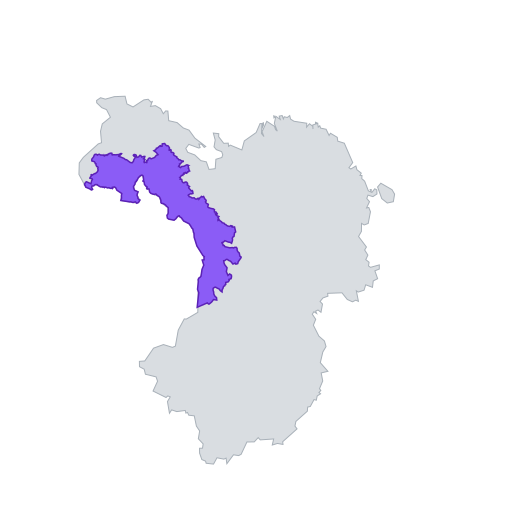 location of Inner Mongol within China, rotated 255°
{"feature_id": "CHN-1838", "entity_name": "Inner Mongol", "entity_type": "Autonomous Region", "adm_level": 1, "iso_a3": "CHN", "parent_name": "China", "parent_adm1": "", "projection": "albers", "projection_center": [116.94, 45.357], "detail": "fine", "context": "in_parent", "style": "filled", "palette": "violet", "viewbox_px": 512, "rotation_deg": 255, "n_neighbors": 0, "source": "natural_earth", "source_scale": "10m", "svg_char_len": 9807}
<svg xmlns="http://www.w3.org/2000/svg" viewBox="0 0 512 512"><g transform="rotate(255 256 256)"><path d="M269.1,378.0L258.4,372.8L258.0,368.5L260.2,366.4L252.5,364.2L248.3,360.1L236.1,365.0L233.7,362.5L227.9,364.3L224.1,361.1L220.7,363.6L217.3,362.1L215.4,363.7L215.5,372.8L211.5,371.7L210.9,367.0L202.6,367.6L201.6,362.8L195.6,360.4L199.8,354.5L195.0,351.5L194.7,345.4L196.4,343.9L185.7,343.2L187.5,340.9L186.8,337.3L190.4,332.9L198.2,329.5L201.4,315.5L198.6,315.1L198.2,309.9L195.5,306.1L192.4,307.8L184.8,304.2L187.8,301.9L187.3,299.3L184.8,299.7L187.2,297.5L185.2,295.3L179.4,297.3L174.3,293.5L162.3,296.0L156.2,300.1L150.4,300.2L146.0,295.7L136.3,290.5L126.0,295.6L126.2,288.7L118.0,288.1L111.4,283.0L109.3,283.8L107.9,281.5L106.2,282.7L105.0,278.9L101.1,276.9L102.3,274.9L96.6,269.5L96.7,266.8L92.8,265.4L85.9,251.7L81.6,249.6L78.4,250.9L69.7,233.7L67.0,233.3L69.4,228.2L69.2,222.8L74.7,225.7L77.3,212.5L80.0,211.1L76.9,206.2L78.7,199.1L68.3,190.3L67.7,187.6L69.8,182.8L62.9,174.1L68.5,174.8L68.1,172.4L71.2,166.1L66.0,161.1L68.7,154.2L70.9,154.2L73.4,151.0L80.2,150.5L84.9,151.7L84.2,154.6L88.2,156.3L94.4,153.0L101.6,156.3L107.1,154.4L117.6,155.0L119.6,149.9L122.6,149.3L122.4,147.6L125.1,147.7L126.2,139.2L129.2,134.7L126.5,131.7L138.3,132.8L142.1,136.7L143.7,134.6L142.6,132.5L152.2,121.6L160.5,128.5L165.1,128.2L170.4,118.6L175.6,118.7L179.2,114.8L184.4,116.1L183.4,121.4L193.5,133.2L194.4,143.7L189.4,151.6L189.8,154.8L204.5,161.7L213.8,170.4L213.1,172.4L216.6,185.2L248.0,194.0L251.5,198.0L260.8,203.3L266.0,203.0L265.7,204.9L268.7,205.9L281.0,201.5L297.5,202.0L304.5,199.6L308.7,195.0L314.7,192.2L311.8,186.2L315.2,180.4L325.4,183.7L331.6,178.3L338.4,177.8L343.8,170.6L348.4,170.0L349.0,168.0L363.4,167.0L362.4,162.8L355.1,155.8L350.9,155.8L348.5,158.7L345.0,156.8L340.0,158.4L337.9,154.5L344.6,139.8L351.3,142.5L359.0,137.5L358.4,134.6L363.0,124.0L366.5,119.6L365.8,115.5L362.5,114.4L367.2,109.2L380.7,106.1L391.7,109.4L396.0,114.8L405.1,132.6L405.4,136.1L416.7,138.1L423.4,141.7L427.7,151.3L436.1,149.5L439.2,145.4L445.2,141.8L447.5,142.3L449.1,146.8L446.5,151.1L446.6,160.4L444.2,170.9L436.3,170.7L431.8,175.8L435.8,188.1L435.3,192.4L431.5,194.6L432.5,196.1L427.8,192.8L427.3,197.7L423.0,202.0L417.4,203.3L419.5,206.3L418.8,208.4L409.3,206.7L405.3,214.3L398.5,218.9L394.9,223.9L385.6,227.5L374.8,235.8L374.3,234.1L378.1,232.3L378.9,229.8L375.2,230.1L375.1,228.7L381.2,220.0L378.1,216.0L373.8,216.9L369.5,223.0L362.4,227.4L359.8,232.4L351.8,233.0L350.9,239.2L359.8,242.3L360.0,248.5L362.4,250.1L365.7,249.8L369.0,245.2L372.3,243.7L378.6,246.6L385.8,246.6L383.8,251.7L380.9,250.8L373.2,254.0L372.2,258.4L369.0,257.9L369.8,259.8L362.1,269.8L370.2,274.5L375.2,288.1L382.9,294.2L382.4,296.0L372.9,293.0L369.3,294.6L374.4,294.0L383.3,301.3L376.5,307.4L373.0,307.6L371.1,308.9L379.3,308.0L385.8,311.3L381.6,314.8L385.1,314.6L384.9,317.6L381.3,317.9L383.2,319.3L381.7,322.0L382.9,324.9L379.3,324.8L376.3,327.6L371.1,339.4L367.4,338.2L369.9,341.9L366.6,344.4L363.9,343.9L367.9,344.8L368.1,349.9L364.4,349.5L365.3,351.3L362.8,351.5L360.3,356.5L353.5,357.8L355.3,359.7L349.6,365.2L345.8,364.7L342.1,370.5L321.2,373.6L317.2,368.6L315.5,370.1L317.1,375.8L313.2,375.8L308.8,379.1L306.9,377.3L306.3,379.2L303.3,378.2L300.2,380.3L289.9,381.4L287.4,384.4L290.2,388.1L288.6,389.8L284.6,388.9L283.1,384.3L285.8,379.9L282.9,377.9L279.1,379.7L273.8,375.2L273.7,377.5L269.1,378.0ZM291.2,391.3L294.0,395.4L284.9,404.5L279.9,405.9L272.9,402.7L273.2,396.5L278.9,392.3L291.2,391.3ZM383.3,297.7L380.7,297.3L378.2,295.3L380.2,295.6L383.3,297.7ZM387.3,309.5L385.3,310.1L384.8,309.1L387.3,309.5ZM369.8,348.1L368.7,349.5L368.8,347.8L369.8,348.1ZM288.5,384.0L290.6,383.5L290.4,384.5L288.5,384.0Z" fill="#d9dde1" stroke="#a8b0b8" stroke-width="1"/><path d="M340.1,158.4L338.1,156.4L337.8,154.5L339.5,153.5L339.5,151.0L340.8,149.0L340.9,148.1L344.6,139.8L346.7,141.1L349.1,141.6L351.1,142.5L355.6,138.6L358.1,138.2L359.3,137.3L359.5,135.1L358.4,135.0L358.2,134.7L358.8,134.2L359.0,132.9L360.1,131.6L360.2,130.2L361.4,128.7L361.6,127.8L361.4,127.4L361.7,127.4L361.7,126.9L362.2,126.4L362.1,125.9L362.4,125.8L363.1,123.5L365.2,121.5L366.0,121.2L366.3,120.5L366.2,120.0L366.6,119.4L366.4,118.4L365.7,117.4L366.1,115.7L364.7,114.9L362.7,115.5L362.5,115.2L362.4,114.0L363.7,113.0L366.5,109.4L368.4,109.2L369.1,108.8L370.6,109.6L370.9,110.3L371.4,110.7L371.6,111.5L368.5,115.3L371.4,116.8L372.2,117.8L373.1,117.6L374.0,115.7L374.8,116.0L375.7,117.4L377.1,117.7L377.2,118.2L376.5,118.8L377.4,121.3L377.2,122.3L377.9,123.5L378.3,124.5L379.5,125.6L380.0,125.5L380.5,125.9L381.5,125.8L382.5,126.4L383.3,126.1L383.6,125.3L385.3,125.0L386.5,125.3L386.9,124.6L388.0,124.7L388.9,124.3L390.3,122.0L391.4,122.2L392.3,122.7L393.7,124.7L395.4,125.9L395.9,126.9L395.6,127.9L395.4,127.8L394.8,128.9L394.5,129.1L394.8,129.5L394.9,130.9L393.8,131.9L393.2,134.0L392.4,135.0L392.8,135.3L392.3,135.5L392.6,135.7L392.1,136.3L392.5,137.0L392.1,137.5L392.4,137.7L392.5,138.8L392.0,138.9L392.7,139.8L392.6,140.1L393.0,140.7L392.9,142.6L392.5,143.4L391.0,143.2L390.7,143.8L390.8,144.3L389.9,147.1L389.9,148.1L389.6,148.8L389.6,150.4L390.0,151.6L389.8,152.5L389.6,152.7L389.2,152.1L388.5,150.7L388.3,149.5L387.9,149.2L384.5,153.7L382.9,154.8L382.5,155.9L378.9,158.7L378.1,160.5L379.2,162.1L380.5,162.8L382.4,164.8L383.1,165.1L384.2,163.8L384.6,163.9L384.8,164.5L385.1,164.4L385.3,163.9L385.5,164.2L385.6,164.6L385.2,165.5L384.4,166.4L382.1,166.5L382.1,168.3L383.3,169.8L383.0,170.7L381.2,171.1L381.2,173.8L380.9,174.4L379.6,173.6L379.0,172.5L378.0,173.7L376.5,172.4L375.2,172.2L375.1,172.3L375.4,173.2L374.5,174.6L375.2,175.1L376.3,175.0L376.6,175.4L376.6,176.3L377.5,176.9L378.1,177.7L378.2,178.9L377.2,179.6L377.0,180.1L377.4,183.5L379.0,185.7L379.2,187.6L381.9,186.4L384.1,184.6L384.3,185.7L385.2,187.3L385.9,187.7L385.8,188.7L387.3,191.7L387.3,192.3L386.6,192.3L386.3,193.6L388.6,194.5L388.3,196.9L386.1,197.8L385.6,198.3L385.4,199.3L384.9,199.7L383.1,200.4L380.7,199.5L380.5,199.9L381.0,200.8L380.8,201.2L380.1,201.4L378.5,200.8L377.9,201.2L377.6,202.4L376.6,203.2L376.0,203.2L375.5,202.6L374.4,202.9L372.2,205.2L371.5,204.9L369.8,206.1L368.9,206.3L368.7,207.4L367.9,208.0L366.8,209.5L366.5,210.3L366.1,210.2L366.0,208.9L364.5,206.6L364.7,206.0L363.4,205.7L363.0,204.7L362.5,204.4L362.3,205.0L361.5,205.3L360.9,206.1L361.7,207.1L361.3,209.8L362.0,212.5L361.8,213.3L361.0,214.2L361.0,213.8L358.6,213.7L358.2,213.3L357.6,213.7L356.1,213.6L355.3,213.9L355.2,212.9L354.9,212.7L355.0,211.8L354.4,211.5L353.9,210.2L354.1,209.8L354.6,210.2L354.9,209.9L355.0,209.2L354.7,208.8L354.7,207.5L354.4,207.3L354.1,207.8L353.7,207.8L353.5,206.5L352.8,206.1L353.1,205.6L353.0,204.7L351.6,203.2L351.6,202.7L350.2,203.2L349.8,202.7L349.1,204.1L347.1,203.9L345.7,204.6L345.3,205.4L345.7,206.3L345.5,207.1L345.7,207.5L345.1,208.2L343.9,208.7L343.5,208.4L342.9,208.5L342.4,208.0L340.3,209.8L339.6,208.7L339.2,208.6L335.7,210.4L335.5,210.7L335.7,211.3L335.0,211.6L332.7,211.3L332.7,209.7L333.1,209.2L332.6,206.6L332.3,206.3L332.0,206.7L330.7,206.7L329.8,208.2L328.6,209.3L328.2,211.4L327.1,211.9L326.5,212.8L326.3,213.9L326.7,214.3L326.8,215.0L326.2,215.1L326.0,215.6L325.7,215.6L326.9,217.1L327.1,218.0L327.7,218.7L326.9,219.6L327.1,220.8L324.5,221.3L322.9,222.2L322.0,222.1L321.4,221.2L320.6,221.4L319.6,221.8L318.7,223.0L318.1,223.3L316.0,222.1L315.1,222.6L313.8,224.5L312.5,227.1L311.9,227.6L311.3,227.9L310.8,227.5L309.3,227.3L309.0,228.4L308.5,229.0L307.3,229.1L306.8,229.5L306.4,229.1L307.2,227.8L306.4,227.8L305.1,228.6L303.7,230.4L302.9,229.2L301.7,229.6L300.9,228.6L300.2,228.5L300.5,229.8L299.0,230.6L298.0,231.6L296.9,231.9L295.9,233.7L294.9,233.9L294.2,235.0L293.2,235.5L292.2,236.6L291.4,238.3L291.9,239.5L291.1,240.8L290.5,240.2L290.1,240.5L289.6,242.8L284.5,242.6L284.0,241.3L280.6,239.8L280.2,238.4L279.1,237.6L278.4,237.7L276.9,237.2L274.6,235.7L276.0,234.4L276.6,232.9L278.8,229.9L277.9,228.2L277.8,226.6L276.7,226.6L275.9,227.2L274.6,227.0L274.3,228.1L273.1,228.3L270.7,232.7L270.3,235.3L269.6,236.3L269.9,237.6L269.5,239.2L268.3,239.7L266.5,239.3L265.6,239.4L264.2,239.9L263.3,240.6L260.0,240.4L259.1,241.3L258.3,241.2L255.0,237.3L253.4,236.4L253.3,235.1L253.5,234.2L254.5,234.0L254.2,231.6L257.5,230.1L259.1,228.1L259.8,227.8L260.3,227.1L260.4,226.5L259.6,224.5L259.8,223.6L257.8,223.3L255.8,223.5L252.1,225.0L248.5,223.3L244.5,223.9L245.5,225.9L243.9,227.3L242.2,227.0L240.6,226.1L240.8,225.6L240.1,224.4L240.3,223.8L239.2,223.7L238.2,222.4L238.3,219.9L236.3,219.4L236.2,218.7L235.3,218.1L235.2,217.3L234.9,216.7L233.1,215.6L232.2,214.6L230.1,213.9L231.7,212.6L233.9,211.7L234.8,210.4L236.3,209.0L236.5,207.9L235.9,206.3L234.2,205.7L232.3,205.8L230.1,205.4L227.8,205.9L226.0,207.1L223.6,206.7L224.9,203.7L223.0,201.2L221.7,198.3L221.9,197.7L223.3,196.8L221.7,185.9L235.4,191.2L239.0,190.9L246.2,193.7L248.2,194.0L249.4,194.9L250.0,196.7L250.8,197.7L257.1,200.4L260.7,203.2L266.0,203.0L265.8,204.9L268.2,205.4L268.7,205.9L270.3,204.8L281.0,201.5L290.1,201.1L294.0,202.0L295.1,201.7L298.4,202.0L299.7,201.2L302.2,200.6L304.5,199.7L308.5,195.2L312.3,193.8L313.6,192.5L314.7,192.3L314.8,191.5L314.3,190.2L312.6,188.1L311.8,186.1L314.2,181.2L315.6,180.2L318.4,180.5L319.4,181.8L320.3,182.4L325.5,183.7L327.4,182.3L328.6,181.9L330.7,179.9L331.4,178.3L332.5,178.0L333.9,178.5L336.3,178.4L338.3,177.9L340.4,176.0L341.4,175.7L341.9,174.9L341.7,173.9L342.6,172.2L343.8,170.6L345.3,169.8L348.4,170.0L348.9,168.6L348.8,168.2L349.8,167.9L350.4,168.6L351.2,168.6L351.8,167.8L353.9,166.8L356.6,167.1L357.4,166.3L357.7,166.8L358.1,166.5L358.7,167.2L362.4,167.7L363.4,167.1L363.7,166.6L363.5,165.0L362.8,164.2L362.3,162.8L359.8,160.6L359.9,160.1L358.9,159.7L358.6,158.5L356.7,157.7L354.9,155.7L353.3,155.4L350.9,155.7L348.5,158.7L346.8,157.4L345.4,156.8L343.5,157.1L342.0,156.9L341.1,157.4L340.1,158.4Z" fill="#8b5cf6" stroke="#5b21b6" stroke-width="1.5"/></g></svg>